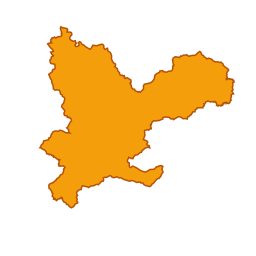 Mueang Chiang Rai, Chiang Rai, Thailand (Natural Earth projection), rotated 282°
{"feature_id": "78962969B25429486303013", "entity_name": "Mueang Chiang Rai", "entity_type": "district", "adm_level": 2, "iso_a3": "THA", "parent_name": "Thailand", "parent_adm1": "Chiang Rai", "projection": "natural_earth1", "projection_center": [99.821, 19.878], "detail": "fine", "context": "isolated", "style": "filled", "palette": "amber", "viewbox_px": 256, "rotation_deg": 282, "n_neighbors": 0, "source": "geoboundaries", "source_scale": "gbopen_adm2", "svg_char_len": 5773}
<svg xmlns="http://www.w3.org/2000/svg" viewBox="0 0 256 256"><g transform="rotate(282 128 128)"><path d="M38.2,89.4L40.2,91.4L42.7,92.2L44.3,94.4L45.1,94.2L45.9,92.9L48.0,93.1L49.5,91.9L51.6,92.7L52.7,91.5L54.6,91.2L57.1,92.7L58.1,95.0L60.2,94.9L62.0,95.5L62.0,100.7L61.5,101.7L63.5,103.7L64.6,106.9L65.9,108.1L66.5,109.5L66.3,110.8L70.5,113.4L70.8,114.8L72.0,115.0L73.9,114.3L74.7,114.8L75.3,117.4L77.6,120.1L77.6,121.2L76.4,122.9L76.6,125.0L78.0,127.2L77.3,129.8L77.9,131.6L76.8,134.6L76.3,140.1L76.5,141.1L77.1,141.5L77.5,144.4L76.5,147.7L77.7,151.2L76.9,152.0L77.2,154.1L76.0,155.1L75.4,157.2L75.2,161.5L76.8,162.9L78.0,163.0L78.8,164.1L83.5,166.6L85.0,168.0L85.1,168.8L87.5,170.1L89.9,170.4L92.0,171.5L95.1,169.7L97.7,170.1L98.1,168.3L97.3,166.1L96.8,166.0L96.0,164.0L93.0,162.0L92.0,158.2L88.8,154.8L88.5,152.9L88.9,149.4L90.8,144.6L91.8,140.6L89.9,138.9L90.2,137.8L90.9,137.2L94.1,136.5L94.4,135.0L96.2,134.1L99.5,134.9L99.1,135.5L99.3,136.8L98.7,137.4L99.1,139.3L100.7,139.3L101.6,140.1L103.0,140.5L103.6,142.7L106.4,144.9L107.0,146.2L108.8,146.5L112.1,149.2L113.3,151.2L113.1,153.4L115.1,152.4L115.5,150.0L116.2,149.6L118.1,150.3L118.8,149.8L119.3,149.1L119.9,145.4L124.3,146.1L128.7,144.7L129.2,145.0L130.5,147.8L130.2,148.7L132.0,150.0L132.1,150.9L132.8,150.8L133.9,149.8L135.2,149.9L135.8,149.4L136.1,150.1L138.0,150.1L140.4,151.5L140.6,153.7L141.2,154.5L141.6,156.6L144.1,160.2L145.4,160.0L146.4,161.6L147.0,166.1L145.8,167.7L146.3,170.0L145.6,170.6L149.6,175.0L149.6,177.7L148.5,180.0L149.2,182.4L149.1,184.1L151.2,184.0L152.1,185.4L153.8,186.4L154.1,187.1L157.2,188.0L157.8,190.1L159.9,190.0L161.0,191.4L161.9,191.4L162.7,193.6L163.3,197.0L164.0,196.8L165.8,198.0L167.4,197.2L167.6,198.2L169.8,198.8L171.0,200.7L170.6,203.2L171.2,204.7L171.1,206.3L171.6,206.9L171.5,207.7L171.9,207.4L171.8,208.3L169.1,210.3L168.5,210.0L168.3,211.7L169.1,212.0L168.9,214.0L169.3,214.2L169.1,214.6L169.7,215.6L170.1,215.2L170.5,215.9L171.1,215.7L171.7,216.8L172.3,216.9L172.4,216.4L173.2,217.5L173.0,218.6L172.2,218.8L172.8,219.8L173.4,219.5L172.8,221.4L173.9,222.3L175.6,222.4L176.7,223.2L177.5,222.3L180.2,222.6L181.7,222.0L182.9,222.9L183.3,224.1L185.6,222.0L186.2,221.9L187.0,222.8L189.9,221.5L190.8,221.8L194.3,221.1L195.0,222.2L196.5,221.5L196.5,221.2L196.9,220.7L196.5,220.6L197.4,219.5L197.0,217.9L197.4,217.3L197.2,216.4L197.0,216.6L197.1,215.6L195.8,214.3L196.8,213.7L197.7,214.6L198.4,214.5L199.8,213.5L200.9,213.8L202.0,213.1L204.2,213.6L205.0,214.4L205.9,214.2L206.7,213.3L207.8,210.3L209.2,208.2L210.6,207.4L211.2,205.7L211.8,205.3L211.2,204.1L211.4,202.2L210.8,199.4L211.8,196.4L212.6,195.9L213.1,192.5L212.0,190.6L213.1,189.2L213.3,187.7L214.5,186.8L215.0,184.9L217.1,183.6L217.8,182.3L215.9,180.5L213.9,179.4L212.8,177.8L212.5,176.1L210.8,172.5L211.9,170.1L211.2,169.1L210.8,167.0L209.4,165.6L209.5,164.7L207.8,163.8L207.5,159.3L205.8,157.8L204.2,157.3L199.4,159.2L199.2,159.7L198.4,159.1L197.9,159.5L197.1,158.9L195.1,159.5L193.0,158.8L192.4,157.8L192.2,156.3L190.7,154.3L190.4,150.8L191.1,150.5L191.3,149.7L190.4,147.3L189.0,147.3L187.2,144.8L185.1,143.3L181.7,143.5L178.9,142.4L176.9,140.7L174.1,134.8L172.0,134.3L170.5,134.9L168.9,134.8L165.7,132.6L165.7,131.7L166.4,130.8L165.5,131.2L165.2,130.9L165.9,127.4L166.5,126.6L167.3,126.4L167.0,124.8L168.3,123.1L170.6,122.1L171.6,121.0L171.8,121.4L172.9,120.9L173.2,121.5L175.5,120.9L177.0,116.8L175.9,115.2L176.3,114.1L177.0,114.3L178.4,113.5L177.9,112.6L178.5,111.4L178.0,110.7L178.6,108.8L180.4,108.1L181.5,106.4L183.8,105.2L185.2,102.3L186.5,102.8L187.9,102.5L188.7,100.4L190.0,98.9L192.4,97.4L195.1,97.0L196.9,96.0L198.2,94.9L199.3,92.3L201.7,91.4L201.6,90.8L200.3,89.7L200.2,88.8L201.3,87.8L203.7,87.1L204.5,85.9L204.5,84.7L201.9,80.1L201.7,76.5L197.5,75.0L197.1,74.2L198.6,69.9L200.0,67.3L200.2,65.7L202.0,64.0L202.4,62.8L201.4,61.7L199.3,62.8L198.4,62.8L197.0,61.0L197.0,59.9L197.5,59.1L198.7,59.0L200.3,60.1L200.7,59.0L202.4,58.3L201.4,56.2L202.3,53.4L203.2,52.4L205.1,52.3L207.7,53.7L209.5,52.8L209.8,51.9L209.2,48.4L211.5,48.6L212.6,47.6L212.5,42.6L213.1,41.4L212.8,41.2L211.4,41.1L207.9,43.1L206.3,43.1L206.1,43.8L204.1,43.7L203.0,42.1L203.0,41.1L202.2,39.8L200.8,38.7L201.7,37.2L200.5,36.0L200.5,35.0L199.1,34.9L198.7,34.2L197.0,34.3L196.1,34.7L196.2,35.1L195.4,35.7L194.3,32.5L193.5,31.9L189.8,36.3L189.2,37.8L187.4,39.1L186.1,36.5L184.0,38.5L183.3,40.0L182.7,39.8L181.6,38.2L179.9,38.5L178.4,37.5L176.5,38.0L175.1,39.1L175.1,43.1L172.3,44.1L170.4,44.1L169.6,42.3L168.5,42.0L167.6,42.5L164.0,39.3L160.2,41.9L159.1,43.2L156.3,44.2L154.2,45.8L150.9,46.8L149.8,48.6L150.6,50.9L150.7,52.8L149.6,53.9L147.2,54.9L146.7,56.6L145.2,57.3L145.0,58.8L143.5,60.2L138.7,59.8L137.2,58.8L134.9,58.7L131.8,62.5L130.8,62.7L129.0,62.2L127.1,63.3L127.1,66.0L125.8,66.4L126.2,66.9L125.7,68.2L126.2,68.6L124.9,70.6L123.2,71.2L121.8,70.3L116.6,68.9L115.4,68.0L114.1,70.2L111.6,71.0L110.9,72.1L110.5,67.8L111.6,64.6L111.7,61.9L110.3,60.5L110.0,57.5L108.8,55.6L105.8,54.3L102.8,54.1L101.5,52.5L100.0,52.8L97.9,48.2L95.1,48.0L93.5,46.7L91.7,46.6L90.4,45.9L90.4,47.0L89.8,48.0L88.9,51.4L87.8,52.8L85.8,54.0L86.2,55.8L85.4,56.5L86.1,57.6L85.2,59.4L85.6,59.8L85.5,60.8L84.5,60.7L83.9,61.2L84.4,62.3L82.5,65.9L82.9,66.4L82.3,66.8L82.7,67.8L81.4,67.4L79.0,67.9L78.3,67.4L77.5,68.3L76.6,68.1L76.5,69.7L77.5,72.0L76.9,74.1L76.3,74.6L74.4,73.5L73.2,74.0L70.0,73.6L68.8,72.9L68.3,71.8L65.4,70.7L63.2,68.6L62.1,68.6L61.5,67.8L60.1,67.1L59.4,66.1L58.7,65.9L58.1,64.4L56.5,62.7L55.6,62.5L52.7,63.2L51.8,64.9L49.7,66.8L48.8,67.0L48.3,68.1L45.6,68.0L44.4,69.8L42.9,69.9L42.8,70.6L43.7,71.4L42.6,72.2L42.3,73.0L42.9,72.9L42.8,73.7L43.9,74.4L44.6,75.3L44.5,76.0L45.6,77.2L46.2,77.0L46.3,77.7L45.4,78.6L44.7,78.4L42.3,80.6L42.0,82.7L40.4,83.9L40.6,85.1L38.9,87.1L38.2,89.4Z" fill="#f59e0b" stroke="#b45309" stroke-width="1.5"/></g></svg>